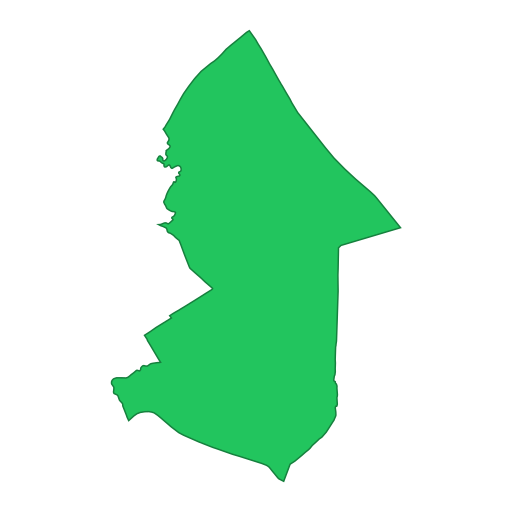 Go Cong Dong, Tiền Giang, Vietnam
{"feature_id": "81297802B63663693246644", "entity_name": "Go Cong Dong", "entity_type": "district", "adm_level": 2, "iso_a3": "VNM", "parent_name": "Vietnam", "parent_adm1": "Tiền Giang", "projection": "orthographic", "projection_center": [106.706, 10.378], "detail": "fine", "context": "isolated", "style": "filled", "palette": "green", "viewbox_px": 512, "rotation_deg": 0, "n_neighbors": 0, "source": "geoboundaries", "source_scale": "gbopen_adm2", "svg_char_len": 6068}
<svg xmlns="http://www.w3.org/2000/svg" viewBox="0 0 512 512"><path d="M163.2,129.2L164.6,131.0L165.7,132.9L166.5,134.3L168.6,137.5L169.0,138.4L169.0,139.2L168.8,140.2L168.3,141.2L167.7,142.1L167.4,142.6L167.4,143.1L167.5,143.5L167.8,143.9L168.2,144.3L168.7,144.6L169.1,144.9L169.5,145.2L170.0,145.9L170.1,146.4L170.0,146.8L169.9,147.1L169.6,147.6L169.1,148.3L168.3,149.1L167.7,149.4L166.2,150.6L166.1,150.8L166.1,151.0L166.2,151.5L166.2,152.0L166.0,152.4L165.9,153.0L165.9,153.6L165.9,154.1L165.9,154.6L166.2,155.1L167.1,156.0L167.3,156.3L167.4,156.7L167.4,157.1L167.3,157.6L167.1,158.1L166.7,158.7L166.3,159.4L164.9,160.6L164.3,160.9L163.6,160.9L163.2,160.7L162.8,160.1L162.8,159.4L162.8,158.9L162.7,158.4L162.5,158.0L162.1,157.5L161.6,157.1L161.1,156.8L160.6,156.3L160.3,156.0L159.8,156.0L159.4,156.1L159.1,156.3L158.7,156.8L157.3,159.1L157.2,159.7L157.2,160.1L157.3,160.5L157.7,160.8L158.0,160.9L159.0,161.0L159.7,161.1L160.6,161.8L161.0,162.2L161.6,162.7L162.2,163.1L163.0,163.5L163.3,163.5L163.6,163.6L163.8,163.9L164.0,164.2L164.0,164.6L164.0,164.8L164.0,165.2L164.0,165.7L164.1,166.1L164.3,166.6L164.6,166.9L164.9,167.0L165.9,166.9L166.4,166.7L166.9,166.4L167.3,166.0L167.7,165.7L168.7,165.0L169.1,165.0L169.3,165.0L169.6,165.2L169.8,165.4L170.6,167.0L170.8,167.5L171.2,167.9L171.7,168.2L171.8,168.3L172.2,168.3L172.6,168.1L173.4,167.6L174.4,167.0L175.2,166.6L175.9,166.3L177.0,165.8L177.7,165.6L178.2,165.6L178.9,165.7L179.3,166.0L179.9,166.3L180.4,166.8L180.6,167.2L180.8,167.7L181.0,168.3L181.1,168.9L181.1,170.0L181.0,170.5L180.7,171.1L180.0,171.6L178.9,172.1L178.7,172.5L178.7,172.9L178.8,173.3L179.1,173.7L179.4,174.0L179.6,174.3L179.8,174.6L179.9,175.0L179.9,175.3L179.7,175.7L179.3,176.0L178.5,176.2L177.1,176.5L176.6,176.7L176.1,177.0L175.9,177.2L175.9,177.4L175.9,177.7L176.1,178.1L176.3,178.5L176.4,179.2L176.4,179.7L176.3,180.2L176.1,181.1L175.7,181.9L175.4,182.3L175.1,182.3L174.9,182.3L174.7,182.3L174.5,182.0L174.2,181.8L173.9,181.8L173.7,181.9L173.4,182.3L173.3,182.9L172.8,184.1L172.5,184.6L172.2,185.1L170.8,186.6L170.0,187.8L168.8,189.9L167.9,191.6L166.9,193.8L166.2,195.7L165.7,197.6L165.0,199.3L164.0,201.0L163.8,201.8L163.8,202.2L164.2,203.1L164.6,204.1L165.4,205.3L166.1,206.7L166.5,207.8L167.1,208.7L169.2,210.1L170.9,211.0L171.6,211.3L172.3,211.5L173.0,211.6L173.6,211.6L174.1,211.7L174.6,211.9L175.1,212.1L175.4,212.4L175.5,212.6L175.2,213.7L174.9,214.5L174.4,215.5L173.7,216.2L172.9,216.8L172.2,217.1L171.9,217.5L171.8,217.9L171.9,218.2L172.3,218.7L172.7,219.0L173.0,219.3L173.0,219.5L172.8,220.1L172.1,220.7L169.7,222.9L168.9,223.5L168.4,223.8L167.8,223.7L167.2,223.5L166.8,223.2L166.3,223.0L165.7,222.9L165.2,222.9L164.3,223.0L161.3,224.2L160.4,224.5L158.7,224.6L160.5,225.6L163.1,226.5L165.6,227.7L166.3,228.2L166.8,229.1L167.0,229.6L167.1,230.4L167.2,230.8L167.3,231.2L167.6,231.7L167.9,232.1L168.3,232.5L168.8,232.8L170.0,233.1L171.3,233.8L173.3,235.2L174.0,235.8L174.9,236.8L176.3,238.1L178.5,239.9L179.2,240.4L179.6,241.6L180.1,242.9L180.6,244.1L184.7,255.2L186.9,260.8L189.3,266.9L189.9,268.1L190.1,268.4L192.5,270.5L195.6,273.3L200.9,277.9L205.2,282.0L209.4,285.6L212.2,288.0L212.6,288.4L212.6,288.6L212.5,288.9L212.3,289.2L211.0,290.1L208.8,291.5L206.2,293.1L198.5,298.0L183.7,307.2L181.0,308.8L178.8,310.2L176.1,311.7L173.4,313.3L169.7,315.7L171.4,318.0L163.5,322.9L156.2,327.4L149.8,331.9L144.5,335.3L146.8,338.8L147.3,339.7L147.3,340.1L147.7,340.9L150.5,345.5L158.2,358.5L160.6,362.3L159.7,362.5L157.6,362.6L154.8,363.0L152.7,363.3L150.9,363.7L149.8,364.3L148.6,365.2L147.5,366.0L146.9,366.1L146.3,366.1L145.9,366.0L145.5,366.0L145.0,365.9L143.9,365.6L143.2,365.7L142.7,365.9L142.2,366.3L141.5,367.0L140.9,367.8L140.8,368.1L140.7,368.5L140.7,369.2L140.5,369.9L140.2,370.3L139.9,370.7L139.5,370.9L139.3,370.9L138.7,370.7L137.3,370.3L136.8,370.3L136.5,370.4L136.1,370.7L133.8,372.7L132.2,373.9L131.3,374.5L129.8,375.9L128.6,376.8L127.7,377.4L126.8,377.7L125.8,378.0L124.5,377.9L120.7,377.8L118.0,377.8L116.7,377.8L115.9,378.0L113.9,378.7L113.3,379.1L112.7,379.7L112.1,380.4L111.6,381.6L111.5,383.0L111.6,383.7L111.9,384.4L112.3,384.9L112.9,385.8L113.5,386.7L113.8,387.2L113.9,387.7L113.8,389.7L113.5,392.0L113.8,393.1L114.2,393.6L116.5,394.6L117.2,395.0L117.6,395.4L117.9,395.8L118.3,396.8L118.7,398.0L119.2,399.4L119.4,400.0L120.0,400.8L120.5,401.4L121.4,402.3L122.1,403.1L122.5,403.7L122.7,404.2L122.7,404.9L122.8,405.9L122.9,406.2L124.6,410.5L126.5,415.4L127.1,417.2L128.7,420.6L133.9,415.9L137.0,413.7L140.4,412.4L144.9,411.7L148.9,411.6L151.8,412.1L154.2,412.9L157.8,415.4L161.3,418.3L171.0,426.7L178.7,432.6L183.6,435.2L198.8,441.9L212.8,447.4L217.3,448.9L232.6,454.3L239.7,456.4L248.8,459.3L261.7,463.4L266.3,465.2L267.7,466.0L269.2,467.2L272.0,470.7L277.8,477.8L278.8,478.8L281.7,480.3L283.7,481.3L290.1,464.2L294.9,461.1L301.9,455.3L305.4,452.2L308.3,449.9L309.9,448.4L312.3,445.4L316.5,441.6L319.3,438.9L321.8,437.2L322.7,436.2L326.2,432.2L328.2,429.1L333.0,421.6L333.5,420.9L334.0,420.1L334.2,419.5L335.7,416.0L335.9,415.1L335.8,412.0L335.3,408.1L335.3,407.3L335.6,406.7L336.0,406.1L336.7,406.2L336.9,405.9L337.3,404.2L336.9,397.7L337.3,396.0L337.4,394.6L337.2,392.0L336.9,387.9L337.0,386.7L336.9,385.7L336.4,384.1L335.6,383.3L335.4,382.9L335.3,382.2L335.3,381.8L334.9,381.4L334.2,381.1L333.8,380.6L333.8,379.7L334.3,376.2L334.6,375.4L334.9,374.9L335.0,374.0L335.3,371.8L335.2,368.5L335.3,366.0L335.4,363.0L335.2,359.5L335.6,346.9L335.9,345.7L336.1,343.5L336.4,341.8L336.5,340.5L338.1,291.1L337.9,275.1L338.1,268.9L338.5,247.8L341.0,245.4L400.5,227.7L376.5,197.9L374.6,195.7L370.3,191.7L355.7,179.2L344.7,169.0L334.0,158.1L325.6,148.0L297.7,112.6L291.8,102.8L290.0,99.2L285.9,92.3L282.4,86.2L280.7,83.5L280.4,82.8L279.1,80.7L275.0,73.4L272.7,69.2L269.7,64.2L266.0,57.3L261.2,48.9L258.1,44.0L255.6,39.6L249.3,30.7L246.5,32.4L239.8,38.0L230.9,45.2L226.2,49.2L221.8,54.1L218.0,57.9L214.4,61.0L210.7,63.5L201.2,71.3L195.6,77.5L194.1,79.3L188.9,86.1L183.7,93.5L180.5,99.0L177.6,104.4L174.8,109.2L173.2,112.2L169.6,119.4L166.1,125.0L165.1,126.9L163.2,129.2Z" fill="#22c55e" stroke="#15803d" stroke-width="1.5"/></svg>